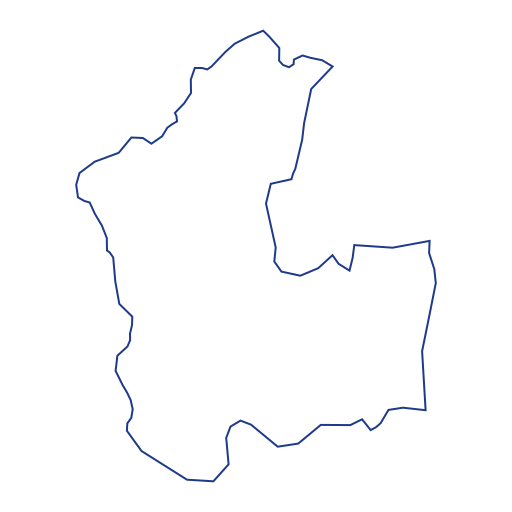 outline of Mātale
{"feature_id": "LKA-2449", "entity_name": "Mātale", "entity_type": "District", "adm_level": 1, "iso_a3": "LKA", "parent_name": "Sri Lanka", "parent_adm1": "", "projection": "albers", "projection_center": [80.718, 7.7], "detail": "fine", "context": "isolated", "style": "outline", "palette": "blue", "viewbox_px": 512, "rotation_deg": 0, "n_neighbors": 0, "source": "natural_earth", "source_scale": "10m", "svg_char_len": 1357}
<svg xmlns="http://www.w3.org/2000/svg" viewBox="0 0 512 512"><path d="M263.2,30.7L269.4,36.8L279.3,48.0L279.1,60.7L283.0,65.0L289.0,67.2L293.6,64.2L293.9,59.6L302.5,55.5L310.8,57.9L322.1,60.2L332.6,66.5L311.2,89.0L304.1,123.2L302.2,139.6L295.3,168.8L292.9,174.0L291.5,179.2L270.8,183.8L266.0,203.6L275.7,247.5L274.3,261.5L281.4,271.6L300.3,275.7L318.2,268.2L332.5,255.2L338.6,263.8L349.5,270.6L352.6,258.0L354.3,245.1L392.6,247.7L429.6,240.9L429.1,253.0L434.3,269.2L435.8,283.1L429.0,317.3L422.1,351.2L425.6,410.2L403.0,407.7L388.5,409.9L380.6,423.2L376.0,427.2L370.7,430.1L362.1,419.3L350.3,425.1L320.8,424.9L298.2,443.6L277.7,446.7L251.1,424.7L240.5,420.6L230.5,426.6L226.2,437.9L228.6,464.3L213.4,481.3L187.0,479.7L141.6,451.1L126.9,430.8L127.3,423.4L131.3,417.9L132.7,409.2L130.7,400.2L127.1,392.6L122.8,385.4L115.6,370.9L117.4,355.7L127.5,346.4L130.1,340.2L130.0,333.7L132.0,325.2L132.3,316.7L119.3,303.9L115.3,281.5L113.2,257.4L109.6,252.3L107.0,250.5L106.8,238.0L101.9,225.6L94.8,213.7L89.7,202.5L84.4,201.0L78.0,197.4L76.2,184.8L79.5,173.0L94.7,161.7L118.7,152.8L131.4,137.5L142.9,138.0L151.4,143.7L162.1,136.3L167.4,127.6L172.3,124.1L177.0,121.4L176.5,116.3L174.9,112.9L184.1,103.4L191.0,93.0L190.8,79.6L194.8,68.0L202.0,68.0L207.3,69.4L211.5,66.5L225.4,51.9L234.7,43.7L248.2,36.8L263.2,30.7Z" fill="none" stroke="#1e3a8a" stroke-width="2"/></svg>